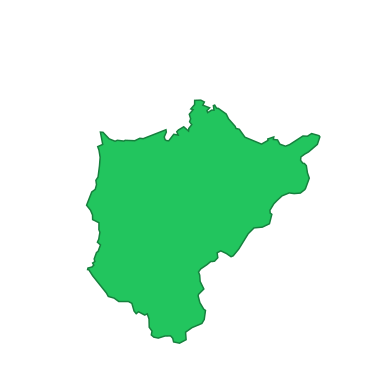 outline of Gurabo, Puerto Rico, rotated 228°
{"feature_id": "32010507B33566817880086", "entity_name": "Gurabo", "entity_type": "district", "adm_level": 2, "iso_a3": "PRI", "parent_name": "Puerto Rico", "parent_adm1": "", "projection": "equal_earth", "projection_center": [-65.978, 18.259], "detail": "fine", "context": "isolated", "style": "filled", "palette": "green", "viewbox_px": 384, "rotation_deg": 228, "n_neighbors": 0, "source": "geoboundaries", "source_scale": "gbopen_adm2", "svg_char_len": 2159}
<svg xmlns="http://www.w3.org/2000/svg" viewBox="0 0 384 384"><g transform="rotate(228 192 192)"><path d="M252.7,104.8L246.4,104.4L241.5,102.7L238.0,99.7L231.4,102.3L226.3,97.6L223.7,96.6L219.3,91.1L218.0,88.1L213.9,88.6L210.8,82.6L210.9,80.5L207.7,74.5L205.3,73.3L205.7,70.6L203.4,70.1L203.2,67.5L205.1,63.8L204.2,62.5L203.2,63.3L196.1,62.1L174.2,60.8L170.4,59.9L165.3,63.1L159.6,64.3L153.1,71.5L149.5,72.8L142.3,69.3L138.9,69.1L138.8,72.1L132.2,74.5L131.4,77.2L126.4,75.1L120.1,69.7L115.4,69.2L113.0,66.1L109.7,66.5L106.0,69.2L103.1,75.5L99.4,79.8L96.2,79.8L92.9,78.0L88.0,81.6L86.2,88.8L92.1,93.4L91.2,101.3L87.7,111.4L89.1,115.8L95.0,122.8L97.0,122.3L104.5,123.8L110.8,127.1L111.6,128.4L112.0,135.9L120.1,138.2L125.1,142.1L128.2,143.3L129.0,147.0L128.0,154.4L127.8,159.5L126.8,160.5L125.5,162.5L125.9,167.2L130.0,170.0L129.0,174.0L123.3,176.4L117.8,177.7L117.0,179.9L118.3,188.5L123.4,205.9L123.8,214.1L118.8,220.8L116.6,228.3L122.0,236.4L124.0,236.0L126.3,237.7L128.5,245.0L128.8,249.5L128.9,256.3L126.3,263.6L122.5,266.8L118.7,271.8L118.3,277.4L118.7,278.8L123.8,288.4L129.0,290.6L135.1,294.6L138.0,294.6L139.2,293.6L142.9,293.9L145.2,296.4L144.8,300.8L143.8,305.4L143.5,317.0L147.4,323.9L148.6,324.1L149.7,323.6L155.4,320.0L156.2,315.1L159.4,311.9L161.9,296.3L163.5,292.1L168.8,289.3L173.5,290.4L176.6,287.6L178.2,289.6L180.7,283.8L179.5,283.0L181.1,275.7L197.3,268.0L207.0,269.1L209.9,267.2L211.9,268.0L221.9,268.1L227.1,269.6L236.6,267.5L237.8,266.3L241.4,267.0L241.9,265.7L238.1,263.1L239.7,261.4L240.5,256.8L242.5,257.5L242.8,261.4L249.3,258.1L250.6,261.4L254.4,260.0L258.3,255.3L255.2,252.4L254.5,246.7L252.5,247.9L251.6,242.0L247.3,240.0L245.8,237.2L242.2,236.9L241.4,232.2L239.6,230.2L246.0,229.5L247.1,223.9L247.2,223.6L247.0,221.0L243.5,219.8L247.1,217.1L245.6,208.9L247.4,207.4L248.9,207.0L251.5,208.2L253.7,213.0L255.7,214.3L264.3,191.4L266.8,189.2L268.4,183.8L275.1,176.9L275.5,175.4L280.4,171.1L281.2,168.8L286.9,166.0L295.9,165.8L297.8,164.0L287.1,157.5L288.8,152.3L285.2,150.8L279.2,146.9L273.2,140.6L266.0,132.2L265.0,128.4L261.3,125.9L258.7,121.8L259.1,117.5L252.7,104.8Z" fill="#22c55e" stroke="#15803d" stroke-width="1.5"/></g></svg>